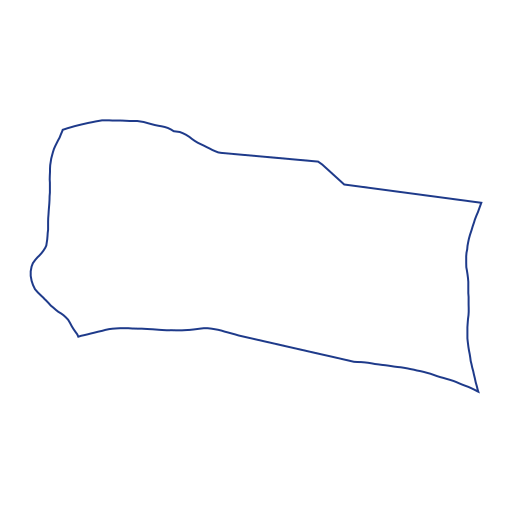 Madghal Al Jid'an, Ma'rib, Yemen (Mercator projection)
{"feature_id": "15242507B52101237320931", "entity_name": "Madghal Al Jid'an", "entity_type": "district", "adm_level": 2, "iso_a3": "YEM", "parent_name": "Yemen", "parent_adm1": "Ma'rib", "projection": "mercator", "projection_center": [45.029, 15.629], "detail": "fine", "context": "isolated", "style": "outline", "palette": "blue", "viewbox_px": 512, "rotation_deg": 0, "n_neighbors": 0, "source": "geoboundaries", "source_scale": "gbopen_adm2", "svg_char_len": 3196}
<svg xmlns="http://www.w3.org/2000/svg" viewBox="0 0 512 512"><path d="M62.7,129.8L62.2,131.3L60.9,134.3L59.6,137.6L58.1,140.3L56.7,143.1L55.3,145.9L54.0,148.8L53.0,151.9L52.0,155.6L51.2,158.7L50.7,162.0L50.2,165.1L50.0,168.7L50.0,171.9L49.8,175.7L49.7,179.5L49.9,182.6L49.9,185.8L49.9,189.5L49.9,192.7L49.6,196.2L49.5,200.1L49.3,203.6L49.0,207.3L48.7,211.0L48.5,214.3L48.2,218.2L48.1,221.6L48.1,226.0L48.1,229.7L47.7,233.0L47.5,236.1L47.2,239.6L46.6,243.5L46.3,245.5L45.3,247.7L43.4,250.7L41.4,253.3L39.1,255.8L37.6,257.2L35.4,259.7L32.9,263.1L31.6,266.5L30.7,271.3L30.7,275.9L31.6,280.8L33.0,285.0L35.0,289.2L37.9,292.5L41.4,295.9L43.7,298.0L43.8,298.3L46.4,300.8L48.6,303.1L50.8,305.6L53.3,307.6L55.9,309.9L58.3,311.8L61.0,313.4L63.5,315.2L65.8,317.3L68.1,319.7L69.9,322.7L71.8,326.3L73.4,328.9L75.4,331.8L77.3,334.4L78.3,336.7L81.1,335.8L84.4,335.1L87.8,334.3L90.8,333.5L93.8,332.8L98.1,331.7L102.3,330.8L105.4,329.9L109.2,329.1L112.6,328.7L116.8,328.4L120.2,328.2L124.1,328.2L128.3,328.2L132.1,328.5L135.9,328.6L139.1,328.7L142.3,328.7L145.5,328.9L149.2,329.1L153.1,329.3L156.7,329.6L160.5,329.9L163.7,330.1L167.4,330.3L171.3,330.2L175.3,330.3L179.4,330.3L182.5,330.3L185.8,330.1L189.7,329.9L193.4,329.5L196.6,329.1L200.4,328.6L203.8,328.2L207.5,328.2L211.1,328.6L214.7,329.2L218.2,329.8L221.5,330.6L224.6,331.6L228.1,332.5L231.4,333.4L235.1,334.4L238.7,335.5L280.4,345.0L315.4,353.0L330.6,356.4L354.0,361.8L357.2,362.0L361.3,362.1L364.8,362.4L368.3,362.8L371.9,363.4L374.9,364.0L378.5,364.4L382.0,364.9L385.1,365.2L388.1,365.6L391.3,366.1L394.3,366.6L397.6,367.0L400.9,367.3L404.0,367.8L407.4,368.4L410.6,369.1L413.9,369.7L416.9,370.5L420.3,371.1L423.7,371.9L427.3,372.9L430.3,373.7L433.7,374.9L437.0,376.1L440.2,377.1L443.3,377.9L446.3,378.8L449.8,379.8L453.6,381.0L456.4,382.1L459.3,383.4L462.2,384.6L465.1,385.7L468.4,386.9L471.3,388.2L474.4,389.7L477.4,391.3L478.3,391.7L477.7,389.8L476.9,386.5L475.7,382.3L474.8,378.1L473.9,374.4L473.2,371.1L472.2,367.5L471.5,364.2L470.7,361.0L470.3,357.9L469.7,354.1L469.0,350.6L468.4,346.9L467.9,342.9L467.6,340.4L467.4,338.3L467.4,335.2L467.4,330.5L467.4,327.2L467.7,322.9L468.0,319.0L468.5,315.2L468.7,311.9L468.7,308.2L468.6,304.4L468.6,300.7L468.6,297.0L468.3,293.2L468.3,289.8L468.3,285.6L468.3,281.9L468.0,278.2L467.5,274.3L466.9,270.4L466.3,267.2L466.2,262.9L466.2,259.3L466.2,256.2L466.5,252.7L467.2,249.3L467.5,245.9L468.2,242.1L468.9,238.8L470.0,234.8L471.5,230.3L472.7,226.3L474.0,222.5L474.9,219.5L476.5,215.4L477.9,212.2L479.3,208.3L480.4,205.3L481.3,202.8L344.2,184.5L322.2,164.5L318.1,161.6L221.3,152.9L218.2,152.4L215.2,151.2L212.4,150.0L209.6,148.5L206.7,147.1L203.8,145.6L200.8,144.2L197.7,142.7L194.6,140.8L191.9,138.9L189.4,136.9L185.9,134.7L182.8,133.2L179.8,132.0L176.8,131.6L173.7,131.2L171.0,129.5L167.9,128.0L164.8,127.0L161.6,126.3L158.1,125.7L154.7,125.0L150.9,124.0L147.6,123.1L143.7,122.0L140.5,121.5L137.3,121.0L133.6,121.0L129.8,121.0L126.1,120.8L122.6,120.6L118.9,120.5L115.5,120.5L111.9,120.5L108.6,120.3L105.3,120.3L102.2,120.3L98.9,120.9L95.9,121.4L92.1,122.2L88.4,122.9L85.3,123.6L81.4,124.5L77.7,125.4L74.5,126.2L71.1,127.2L67.6,128.2L64.3,129.3L62.7,129.8Z" fill="none" stroke="#1e3a8a" stroke-width="2"/></svg>